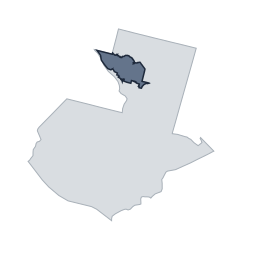 La Libertad, Petén, Guatemala (highlighted), rotated 14°
{"feature_id": "79465075B31281143780542", "entity_name": "La Libertad", "entity_type": "district", "adm_level": 2, "iso_a3": "GTM", "parent_name": "Guatemala", "parent_adm1": "Petén", "projection": "orthographic", "projection_center": [-90.603, 16.998], "detail": "fine", "context": "in_parent", "style": "filled", "palette": "slate", "viewbox_px": 256, "rotation_deg": 14, "n_neighbors": 0, "source": "geoboundaries", "source_scale": "gbopen_adm2", "svg_char_len": 4889}
<svg xmlns="http://www.w3.org/2000/svg" viewBox="0 0 256 256"><g transform="rotate(14 128 128)"><path d="M39.1,184.5L40.2,183.3L41.2,180.6L42.5,177.8L41.7,174.5L41.3,171.9L42.7,168.1L42.6,165.3L43.3,163.5L45.3,162.4L46.4,160.2L40.7,152.6L40.7,150.9L41.5,148.8L46.2,140.8L51.8,131.3L57.9,120.8L61.6,114.5L75.0,114.5L83.9,114.5L95.1,114.6L107.3,114.6L115.3,114.6L118.7,114.5L118.1,110.4L118.5,105.8L120.0,101.7L120.0,99.8L117.6,97.6L113.0,96.3L110.4,94.3L110.4,91.8L109.3,88.8L107.0,85.3L102.4,81.6L95.3,77.9L89.4,72.9L84.4,66.6L80.3,62.6L77.1,60.9L76.3,60.0L85.7,60.1L94.6,60.2L94.7,51.2L94.8,43.2L94.8,34.2L110.9,34.3L130.1,34.3L150.1,34.2L165.7,34.1L174.9,34.1L174.6,45.3L174.2,58.2L173.9,67.7L173.5,80.4L173.1,93.4L172.6,111.1L172.2,122.5L172.4,122.8L177.7,122.2L185.5,122.6L187.4,122.5L189.8,123.5L191.6,123.8L195.6,126.3L200.3,128.2L203.3,124.3L201.7,121.9L200.5,120.7L200.7,119.7L216.9,129.7L215.0,131.3L211.0,134.9L203.5,141.2L196.9,146.9L190.5,151.9L184.7,156.5L184.0,157.0L176.7,160.3L175.4,161.8L173.9,168.2L173.2,169.8L174.5,173.3L175.9,178.8L175.5,181.7L170.4,185.3L168.1,188.5L167.1,190.5L166.1,190.0L164.5,189.9L160.9,190.7L159.1,190.9L157.7,191.8L157.5,193.8L158.5,197.0L158.9,198.6L157.8,199.4L153.3,201.3L151.6,203.2L149.9,206.2L147.9,207.5L145.8,207.2L144.4,207.7L141.3,209.9L136.6,214.2L134.0,217.4L134.0,219.8L134.5,221.9L117.3,214.4L111.6,213.1L87.5,213.2L77.2,210.2L65.4,204.4L57.5,199.2L39.1,184.5Z" fill="#d9dde1" stroke="#a8b0b8" stroke-width="1"/><path d="M130.2,66.7L129.4,66.0L128.8,65.5L128.6,65.3L128.3,65.1L127.9,64.8L127.7,64.6L126.5,63.6L126.1,63.2L125.7,63.0L125.5,62.8L125.1,62.5L124.5,61.9L123.7,61.3L123.2,61.5L122.9,61.6L122.6,61.7L122.4,61.9L122.3,62.0L122.1,62.1L121.9,62.1L121.6,62.1L121.5,62.3L121.3,62.4L121.2,62.6L120.8,62.7L120.6,62.8L120.2,62.9L120.1,63.0L119.9,63.0L119.6,63.0L119.4,62.9L119.2,62.9L119.0,63.1L118.9,63.1L118.7,63.2L118.6,63.3L118.5,63.7L118.4,63.9L118.4,64.0L118.2,64.1L118.3,63.9L118.2,63.8L117.8,63.8L117.6,63.8L117.4,63.8L117.2,63.6L117.3,63.4L117.5,63.3L117.8,63.3L118.0,63.3L118.1,63.2L118.2,62.9L118.0,62.7L118.1,62.3L118.1,62.2L118.0,61.9L117.7,61.6L117.4,61.2L117.2,61.1L117.0,60.9L116.9,60.7L116.7,60.6L116.4,60.5L116.4,60.4L116.1,60.2L115.9,60.1L115.8,59.9L115.7,59.8L115.7,59.7L115.4,59.6L115.3,59.4L115.2,59.2L114.9,59.2L114.7,59.1L114.4,59.0L114.3,58.9L114.2,58.8L113.8,58.7L113.4,58.7L113.2,58.6L112.9,58.6L112.6,58.5L112.5,58.4L112.3,58.4L112.2,58.3L111.9,58.1L111.8,57.9L111.7,57.9L111.2,57.8L110.9,57.7L110.6,57.7L110.4,57.7L110.3,57.8L110.2,57.8L110.2,57.7L109.7,57.7L109.4,57.8L109.1,57.9L108.9,58.0L108.6,58.0L108.4,58.1L108.1,58.1L107.9,58.3L107.5,58.7L107.3,58.9L107.2,59.0L107.1,59.3L106.9,59.5L106.7,59.6L106.4,59.7L106.1,59.7L105.4,59.8L105.3,60.0L105.1,60.1L105.1,60.4L105.1,60.8L104.9,60.8L104.9,61.0L104.7,61.1L104.4,61.3L104.3,61.2L104.2,61.2L104.1,61.3L103.7,61.3L103.6,61.2L103.4,61.1L103.2,61.1L103.1,60.7L102.9,60.8L102.6,61.1L102.4,61.0L102.4,60.9L102.3,60.7L102.1,60.7L101.7,60.3L101.6,60.2L101.4,60.1L101.2,60.2L101.0,60.3L100.8,60.3L100.6,60.3L100.4,60.3L100.4,60.2L100.5,60.2L100.3,60.0L100.3,59.9L100.2,59.6L99.9,59.5L99.9,59.4L99.8,59.5L99.7,59.7L99.4,59.7L99.3,59.8L99.2,59.8L99.1,59.6L98.9,59.9L98.8,60.0L98.7,60.2L98.3,60.2L98.2,60.2L98.2,60.4L98.1,60.5L97.9,60.5L97.6,60.4L97.4,60.4L97.2,60.2L96.9,60.2L96.7,60.0L96.6,59.9L96.4,59.9L96.2,59.8L95.9,59.7L95.7,59.5L95.6,59.8L95.4,59.8L95.4,59.7L95.2,59.5L95.2,59.3L95.1,59.1L94.9,59.0L94.9,60.2L86.4,60.2L79.1,60.2L83.1,63.5L83.8,64.2L85.7,68.6L90.1,72.4L94.0,75.3L97.2,75.7L97.3,75.6L97.5,75.5L97.5,75.4L97.8,75.3L98.0,75.2L98.1,74.9L98.2,74.7L98.3,74.7L98.5,74.6L98.7,74.4L98.7,74.5L98.8,74.5L99.3,74.7L99.8,75.1L100.2,75.5L100.6,76.0L101.1,76.6L104.4,77.2L104.3,79.2L106.1,79.2L106.5,79.8L106.8,79.9L106.3,80.8L106.2,80.8L106.2,81.0L108.4,81.7L109.4,82.2L109.3,82.6L109.6,82.8L109.8,82.9L109.9,82.6L110.0,82.4L110.2,82.6L110.2,82.8L110.7,83.5L110.8,83.6L111.2,84.3L111.2,82.3L111.3,82.3L111.3,81.9L111.7,81.9L111.7,81.6L112.5,81.6L112.4,82.9L112.4,83.5L115.9,83.9L119.9,83.9L119.9,81.1L121.7,81.1L121.6,81.3L123.4,81.6L123.4,81.2L123.6,81.2L123.5,81.4L123.8,81.4L123.8,81.2L124.1,81.3L124.1,81.5L124.6,81.6L124.5,81.9L124.9,82.2L125.6,82.2L125.8,82.3L125.9,82.5L126.0,82.5L127.7,82.5L128.4,82.6L128.4,83.3L128.2,83.3L128.2,84.1L128.0,85.0L128.7,85.0L128.9,86.2L131.3,86.2L131.5,85.8L131.6,85.5L131.6,84.5L131.7,84.4L131.7,84.2L131.8,84.1L132.1,83.6L132.3,83.2L132.8,82.3L132.9,82.1L133.1,81.9L133.5,81.5L134.2,80.9L134.5,80.6L134.9,80.4L135.1,80.4L135.3,80.3L135.5,80.2L136.2,80.2L136.3,80.2L136.5,80.1L136.6,79.9L136.8,79.8L136.9,79.7L137.0,79.6L137.3,79.5L137.6,79.5L137.7,79.4L137.2,79.3L136.8,79.3L136.3,79.3L136.2,79.3L133.5,79.3L132.4,79.3L131.5,79.4L131.2,79.3L130.6,79.4L130.3,79.3L130.3,71.8L130.3,71.7L130.3,69.6L130.3,69.4L130.2,69.2L130.3,68.9L130.2,66.7Z" fill="#64748b" stroke="#1e293b" stroke-width="1.5"/></g></svg>